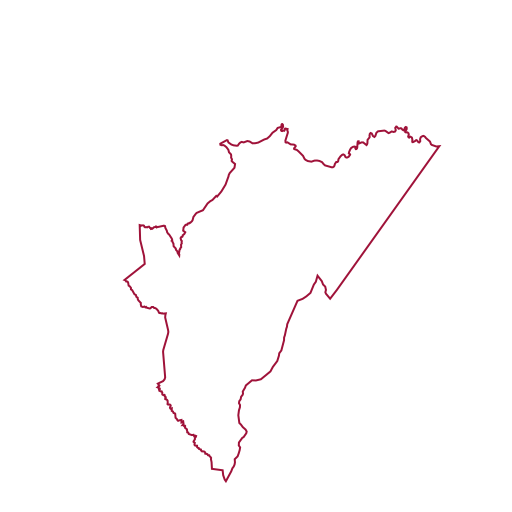 Palpalá, Jujuy, Argentina (Natural Earth projection), rotated 37°
{"feature_id": "61730980B21987921647817", "entity_name": "Palpalá", "entity_type": "district", "adm_level": 2, "iso_a3": "ARG", "parent_name": "Argentina", "parent_adm1": "Jujuy", "projection": "natural_earth1", "projection_center": [-65.169, -24.19], "detail": "fine", "context": "isolated", "style": "outline", "palette": "rose", "viewbox_px": 512, "rotation_deg": 37, "n_neighbors": 0, "source": "geoboundaries", "source_scale": "gbopen_adm2", "svg_char_len": 6098}
<svg xmlns="http://www.w3.org/2000/svg" viewBox="0 0 512 512"><g transform="rotate(37 256 256)"><path d="M367.5,454.0L365.8,442.8L364.9,439.7L364.9,437.6L364.4,435.5L363.4,433.5L361.3,431.1L361.9,427.1L361.0,424.1L359.8,420.9L358.5,418.4L356.3,417.7L354.6,415.2L354.5,409.5L355.1,408.0L354.9,403.4L354.2,401.8L352.2,400.9L348.4,400.6L345.5,399.7L343.2,399.4L337.7,393.8L335.2,389.4L334.2,386.5L332.9,384.6L331.0,383.8L330.0,382.0L330.0,379.8L328.8,377.3L328.9,375.1L328.5,373.8L327.0,372.2L326.5,367.8L325.8,365.5L327.6,357.7L330.8,355.5L334.1,351.5L337.0,339.5L336.2,334.4L336.2,327.1L334.3,321.8L333.1,319.7L333.1,316.2L329.1,306.4L327.5,304.2L326.8,302.0L323.9,295.8L323.3,293.9L322.0,291.7L316.1,266.8L319.0,262.2L320.5,258.0L321.7,252.7L319.4,244.0L319.3,240.6L317.0,234.7L323.7,236.5L326.7,238.4L329.7,238.8L332.3,241.0L333.2,243.2L334.5,244.0L340.9,245.5L341.0,234.4L336.3,58.0L334.2,60.0L329.5,61.5L328.4,61.4L326.1,59.9L320.6,59.5L319.4,59.1L317.6,59.2L316.8,60.1L316.1,62.0L316.7,63.9L318.1,65.5L318.1,67.0L317.3,67.4L315.1,66.8L314.2,67.0L313.9,68.4L312.9,70.5L312.4,70.9L312.0,70.7L310.8,68.9L309.2,67.6L307.4,67.8L306.9,68.2L307.0,69.3L306.5,69.4L305.7,69.1L304.8,66.9L303.8,66.2L302.6,66.1L301.1,67.2L300.3,67.1L300.0,64.1L299.3,63.0L298.7,62.6L297.9,62.9L297.7,64.0L298.4,66.2L298.1,66.9L296.9,67.0L295.3,66.6L294.6,66.9L293.3,68.5L290.5,68.0L290.1,68.2L290.1,69.9L291.9,71.4L292.2,72.8L291.3,74.1L289.4,74.9L288.5,77.2L287.9,78.1L284.1,78.2L283.0,78.6L278.4,83.0L278.0,85.1L279.1,88.4L278.9,89.7L277.2,89.8L274.7,88.5L273.5,88.8L273.4,90.0L274.3,91.7L274.8,92.1L275.3,92.9L275.2,96.1L277.1,98.9L277.5,100.0L277.5,100.9L273.2,100.8L271.9,101.8L270.6,104.1L269.9,103.8L269.0,102.6L268.5,102.9L268.6,103.9L271.6,108.5L271.9,109.4L271.8,110.2L271.4,110.6L270.5,110.2L269.6,109.0L268.8,109.3L267.8,110.4L267.0,112.4L267.1,114.2L267.8,117.0L268.4,118.2L269.7,118.1L270.2,118.4L270.3,120.9L269.7,122.3L268.9,123.0L267.8,123.1L266.2,122.2L265.3,122.2L264.5,122.4L263.9,123.4L263.5,125.5L263.6,129.1L264.5,130.7L264.6,131.5L264.4,132.0L263.5,132.6L263.6,135.0L264.3,136.7L264.4,137.7L264.0,138.8L263.3,139.5L256.6,142.1L254.6,141.9L252.3,141.3L249.5,141.9L247.3,143.0L245.3,144.6L243.5,147.3L240.2,149.0L237.7,149.4L236.3,149.2L233.3,147.7L226.9,146.8L224.8,146.7L222.2,147.6L221.6,147.1L221.7,144.5L221.1,144.0L219.3,144.2L216.5,146.0L212.7,146.3L211.9,147.3L211.2,147.4L210.0,146.1L207.2,138.3L206.4,137.4L205.3,136.8L204.8,135.6L202.6,136.6L202.5,137.1L203.1,138.0L203.2,139.0L202.0,139.6L201.8,140.4L201.1,140.8L200.3,140.5L199.9,139.9L200.1,137.5L199.8,136.4L198.5,135.0L197.6,134.8L197.3,135.1L197.3,135.6L198.2,137.2L198.3,137.9L196.2,140.7L196.4,143.2L195.0,147.6L194.9,152.0L194.2,155.5L192.5,157.9L189.5,164.1L187.5,166.4L185.4,168.1L182.0,168.4L179.9,169.4L177.8,172.7L175.9,173.5L175.2,174.8L174.9,176.4L175.0,178.8L174.3,179.5L171.5,181.1L169.3,181.8L165.6,181.9L163.7,180.7L163.0,181.0L159.9,187.8L160.6,188.6L161.9,188.2L163.1,187.1L164.4,186.8L166.9,186.9L170.0,187.8L172.0,189.4L174.9,189.9L176.0,191.0L176.9,192.4L178.6,193.2L179.3,194.7L180.6,195.0L183.9,195.1L185.7,198.5L185.1,205.6L185.5,207.7L186.1,208.9L188.7,217.3L189.5,225.3L189.2,231.9L188.1,231.9L187.5,237.5L186.5,239.7L185.7,243.2L186.1,251.3L182.7,257.2L182.5,258.3L182.5,262.4L183.8,265.6L183.9,266.7L183.5,269.1L182.9,269.5L182.9,270.4L182.2,270.8L181.9,271.4L182.3,272.4L181.0,273.5L181.0,276.8L182.6,279.6L185.2,279.6L185.5,281.6L185.0,283.6L185.4,284.1L185.6,285.0L184.9,285.8L185.0,287.1L186.8,288.5L187.8,288.7L188.2,289.7L189.1,290.5L189.3,292.0L191.0,294.1L190.9,295.0L191.0,295.9L191.3,296.2L191.3,297.4L191.8,298.1L193.0,300.5L193.8,300.9L194.3,301.7L191.4,300.6L190.7,299.7L188.3,299.2L187.4,298.3L184.4,297.8L182.5,295.7L181.3,295.3L180.3,294.5L179.5,294.6L179.4,293.6L178.3,292.8L173.6,291.1L172.4,291.1L170.6,290.4L169.6,289.5L166.7,288.1L165.4,286.9L164.7,287.3L164.2,287.2L159.6,292.6L159.2,292.5L159.2,293.0L158.2,292.9L158.1,293.5L157.2,294.4L156.8,296.7L156.0,297.5L155.6,296.8L154.4,297.4L153.0,296.9L152.3,297.5L151.8,298.7L150.9,299.0L150.2,299.8L149.2,299.8L148.3,299.2L147.7,299.3L146.2,300.4L145.9,301.3L145.3,301.0L144.5,301.3L153.8,312.9L166.6,323.4L171.9,329.3L165.4,354.3L166.5,354.0L167.7,354.5L168.7,353.8L169.1,353.8L170.0,354.3L172.1,356.3L173.5,356.2L175.3,356.7L176.2,357.9L177.7,357.8L182.0,359.7L183.5,359.4L185.0,360.6L186.6,360.5L187.4,361.5L188.7,362.2L192.3,362.8L193.0,363.9L194.7,365.3L196.4,364.8L197.3,363.5L198.6,363.6L198.9,362.8L200.0,363.0L202.7,361.9L203.1,361.4L203.4,359.5L204.6,358.6L206.0,358.8L206.7,358.3L208.2,358.1L210.8,358.6L212.7,359.7L213.2,359.7L213.7,359.2L215.0,358.8L215.4,358.2L216.4,358.0L218.5,356.1L219.2,357.8L220.5,359.8L230.2,367.9L231.7,369.4L232.6,371.2L238.5,386.8L239.4,388.4L256.5,407.6L257.2,409.5L257.1,411.8L254.4,417.0L256.9,417.6L256.9,418.2L256.4,418.9L256.6,419.2L256.4,420.1L257.3,419.8L258.1,420.4L258.1,419.8L258.8,419.7L259.3,420.1L259.1,421.0L259.9,421.8L261.7,421.4L262.1,420.9L263.5,421.6L264.2,422.7L264.8,423.0L265.9,422.8L266.4,422.0L266.7,422.0L267.8,423.0L268.8,423.0L269.3,423.6L269.1,424.2L269.6,424.9L271.4,424.4L272.4,424.7L273.9,426.4L274.4,427.5L275.2,427.6L276.5,426.5L277.4,426.5L278.0,426.9L278.4,428.7L279.1,429.3L279.7,429.4L280.4,428.3L281.9,430.4L283.3,430.2L284.7,431.0L285.8,430.5L286.4,430.6L289.1,433.6L291.2,433.9L292.0,434.4L293.0,434.5L293.5,433.6L295.1,431.8L296.7,433.9L296.9,433.6L296.7,432.6L297.3,431.8L299.1,433.6L299.1,435.3L299.7,434.8L300.8,435.1L301.2,434.3L301.6,434.3L302.7,435.9L305.2,436.0L305.6,436.7L306.5,437.3L307.2,438.2L308.2,437.8L309.4,438.6L312.6,437.6L313.7,436.4L315.0,437.1L315.5,436.1L316.5,435.8L316.8,436.6L316.8,438.3L317.5,439.1L317.7,441.7L318.1,442.1L319.5,442.0L320.4,443.7L320.9,444.0L321.6,444.0L323.1,443.0L324.0,444.1L325.1,444.2L325.8,443.8L326.7,444.4L328.5,443.7L329.2,444.4L330.6,444.5L331.0,444.0L332.5,443.3L333.7,443.5L334.4,444.4L336.4,443.5L337.5,444.0L338.6,443.3L339.3,443.8L341.1,444.0L341.7,444.3L342.2,445.3L344.6,447.4L348.9,452.5L358.3,447.2L361.7,450.8L365.6,453.4L367.5,454.0Z" fill="none" stroke="#9f1239" stroke-width="2"/></g></svg>